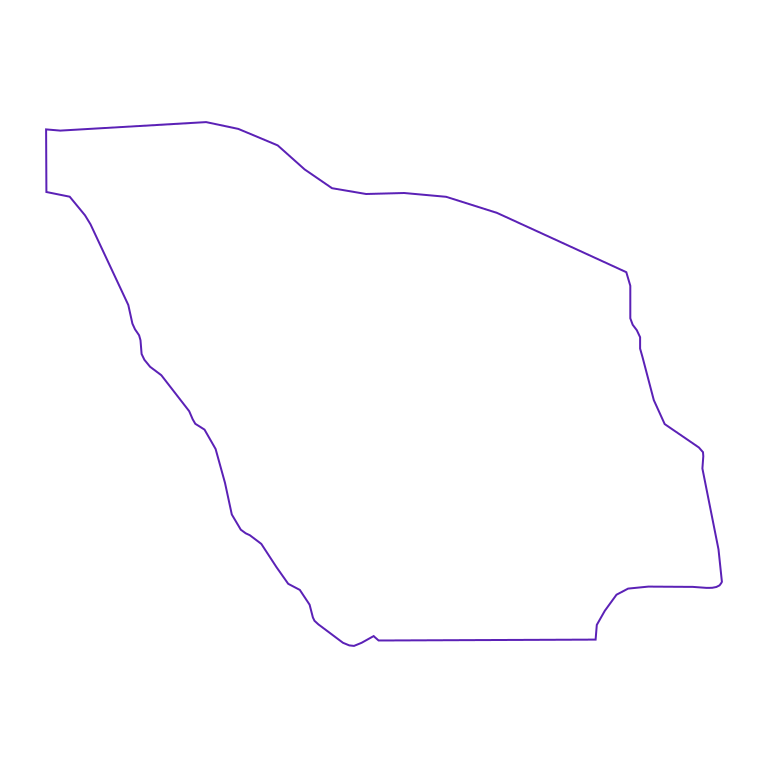 SVG path tracing the border of Zou
{"feature_id": "BEN-2178", "entity_name": "Zou", "entity_type": "Department", "adm_level": 1, "iso_a3": "BEN", "parent_name": "Benin", "parent_adm1": "", "projection": "mercator", "projection_center": [2.113, 7.272], "detail": "fine", "context": "isolated", "style": "outline", "palette": "violet", "viewbox_px": 768, "rotation_deg": 0, "n_neighbors": 0, "source": "natural_earth", "source_scale": "10m", "svg_char_len": 1056}
<svg xmlns="http://www.w3.org/2000/svg" viewBox="0 0 768 768"><path d="M46.4,192.0L46.1,129.4L60.3,130.6L206.1,122.1L238.3,128.9L277.7,145.4L304.6,169.4L332.0,188.2L366.1,194.0L404.1,193.0L446.1,196.8L497.0,212.9L626.3,272.2L630.3,285.8L630.3,318.3L632.7,324.8L636.8,330.2L640.1,337.2L640.1,348.6L642.5,357.1L653.8,400.1L664.7,424.1L698.9,447.5L703.0,452.2L703.3,456.3L702.4,468.5L718.5,549.4L721.9,581.8L721.7,582.2L721.1,583.3L719.5,585.4L716.3,587.0L712.1,587.8L706.8,587.9L693.0,586.9L648.3,586.6L628.1,588.6L616.5,594.7L604.8,610.8L596.8,624.9L595.6,639.6L378.6,640.5L373.6,636.1L361.6,642.8L354.0,645.9L349.3,645.4L343.0,642.8L318.4,624.4L314.5,620.8L312.9,617.5L309.6,604.7L299.8,589.9L288.2,583.8L276.5,567.2L261.3,543.9L249.8,535.2L245.7,533.3L240.8,529.7L231.8,514.5L225.0,482.9L215.6,449.0L204.5,429.6L195.3,423.8L192.7,419.3L189.2,411.2L161.3,375.2L150.1,366.8L144.4,359.8L141.6,354.0L140.5,340.3L139.1,335.3L135.0,329.3L132.4,323.6L128.3,305.0L90.5,224.3L85.0,215.3L69.7,196.7L46.4,192.0Z" fill="none" stroke="#5b21b6" stroke-width="2"/></svg>